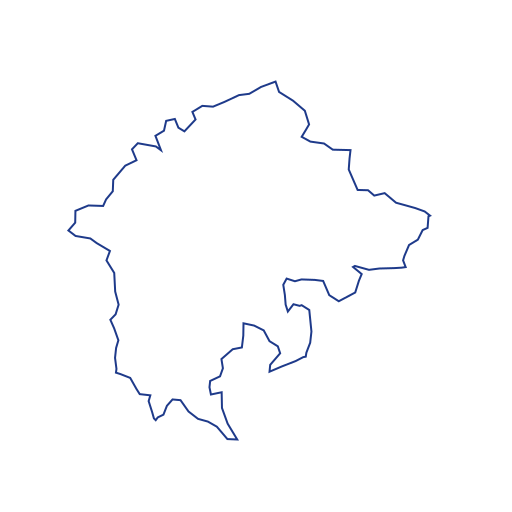 the district of Simou, Paphos, Cyprus, rotated 156°
{"feature_id": "46923920B76634226633631", "entity_name": "Simou", "entity_type": "district", "adm_level": 2, "iso_a3": "CYP", "parent_name": "Cyprus", "parent_adm1": "Paphos", "projection": "natural_earth1", "projection_center": [32.5, 34.948], "detail": "fine", "context": "isolated", "style": "outline", "palette": "blue", "viewbox_px": 512, "rotation_deg": 156, "n_neighbors": 0, "source": "geoboundaries", "source_scale": "gbopen_adm2", "svg_char_len": 1922}
<svg xmlns="http://www.w3.org/2000/svg" viewBox="0 0 512 512"><g transform="rotate(156 256 256)"><path d="M251.5,143.8L249.3,147.2L241.8,154.7L236.1,164.4L229.3,185.0L234.3,192.5L236.4,192.7L241.4,196.7L249.5,192.3L248.7,199.5L245.5,208.6L242.8,218.6L237.2,222.9L230.7,217.1L224.0,216.1L212.1,210.3L204.8,205.9L205.0,190.4L198.8,181.0L180.2,182.3L172.0,191.6L166.8,196.5L171.8,206.5L169.7,206.7L158.4,197.4L148.4,194.4L134.6,188.7L127.7,186.1L123.8,185.0L123.4,192.2L120.4,195.7L111.7,203.8L101.5,205.1L93.2,211.9L87.8,211.9L82.3,222.1L80.6,222.1L83.8,228.1L91.0,235.0L99.2,241.8L106.4,247.7L112.9,261.1L123.4,263.1L126.9,270.5L136.3,275.0L136.1,297.3L130.9,307.0L126.6,314.3L142.6,321.9L148.1,331.1L159.8,338.4L165.8,346.3L159.3,350.8L154.0,354.6L152.3,368.8L159.0,382.8L168.2,396.5L167.2,407.4L182.7,408.4L184.2,408.2L196.2,406.9L206.1,409.9L222.1,409.6L234.5,409.9L244.0,415.0L255.5,413.5L255.7,405.3L270.7,399.0L274.7,404.8L274.4,414.2L283.1,416.0L289.1,407.9L299.0,406.7L299.8,391.3L302.9,396.8L318.1,407.1L325.9,403.9L326.2,392.1L338.7,391.7L355.4,383.7L360.5,373.4L369.9,368.7L375.3,363.9L388.5,370.3L402.6,370.7L407.6,360.0L417.0,355.6L412.7,347.7L400.2,339.4L396.3,332.6L387.4,320.0L394.4,312.8L392.4,298.2L399.1,280.8L401.3,267.4L408.0,259.8L415.0,257.0L415.0,247.7L416.0,235.0L421.2,228.9L426.2,220.3L429.4,209.6L431.4,206.4L427.9,203.3L420.5,195.8L419.3,183.3L418.4,177.1L409.2,171.7L413.1,167.1L414.4,155.5L415.3,149.2L414.4,146.8L411.4,148.5L405.1,148.7L398.3,155.4L390.6,158.9L383.6,155.0L380.9,141.4L375.2,130.8L367.3,124.3L361.2,116.0L356.6,100.4L347.8,96.0L350.1,114.4L348.9,131.0L342.8,145.5L353.5,147.8L351.9,155.0L348.7,160.5L337.8,160.7L331.9,166.9L329.5,175.9L315.2,180.3L306.1,178.2L300.0,188.4L294.8,199.6L286.0,193.2L279.2,184.9L278.3,172.7L272.8,164.6L273.5,157.3L287.3,150.8L290.7,144.8L277.4,144.6L262.4,143.9L254.0,144.4L251.5,143.8Z" fill="none" stroke="#1e3a8a" stroke-width="2"/></g></svg>